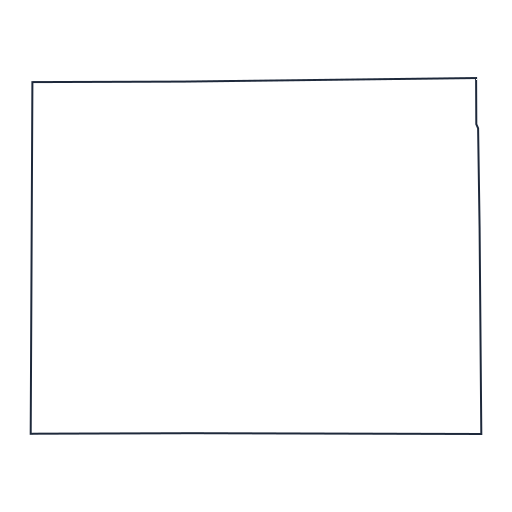 Adair, Missouri, United States of America
{"feature_id": "52423323B5139201807141", "entity_name": "Adair", "entity_type": "district", "adm_level": 2, "iso_a3": "USA", "parent_name": "United States of America", "parent_adm1": "Missouri", "projection": "albers", "projection_center": [-92.557, 40.192], "detail": "fine", "context": "isolated", "style": "outline", "palette": "slate", "viewbox_px": 512, "rotation_deg": 0, "n_neighbors": 0, "source": "geoboundaries", "source_scale": "gbopen_adm2", "svg_char_len": 264}
<svg xmlns="http://www.w3.org/2000/svg" viewBox="0 0 512 512"><path d="M481.3,434.0L479.6,228.3L478.1,128.3L476.3,124.2L476.1,78.0L182.9,81.6L180.5,81.6L32.4,82.1L30.7,433.8L38.4,433.7L191.6,433.2L481.3,434.0Z" fill="none" stroke="#1e293b" stroke-width="2"/></svg>